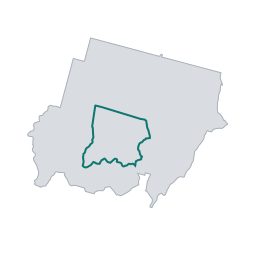 where North Kordufan sits in Sudan, rotated 15°
{"feature_id": "SDN-883", "entity_name": "North Kordufan", "entity_type": "State", "adm_level": 1, "iso_a3": "SDN", "parent_name": "Sudan", "parent_adm1": "", "projection": "mercator", "projection_center": [29.791, 14.01], "detail": "medium", "context": "in_parent", "style": "outline", "palette": "teal", "viewbox_px": 256, "rotation_deg": 15, "n_neighbors": 0, "source": "natural_earth", "source_scale": "10m", "svg_char_len": 5407}
<svg xmlns="http://www.w3.org/2000/svg" viewBox="0 0 256 256"><g transform="rotate(15 128 128)"><path d="M171.8,198.7L169.7,198.7L169.5,198.2L169.5,196.8L169.7,195.8L170.5,194.1L170.3,193.2L170.4,191.9L169.9,190.4L164.8,186.2L163.8,185.0L161.0,183.9L161.5,182.7L160.4,174.0L161.0,173.0L161.1,171.4L161.1,170.1L161.8,167.9L161.8,166.9L156.4,166.8L156.3,167.8L156.6,168.9L156.6,169.3L149.0,169.3L152.1,172.8L152.2,174.3L152.0,176.2L152.1,177.4L152.2,178.1L153.1,179.7L153.0,180.0L152.8,180.3L147.5,184.9L146.6,187.0L145.9,188.1L144.3,190.0L139.4,194.8L138.6,195.2L134.9,195.3L134.6,195.5L134.3,195.7L134.1,195.6L130.9,192.8L125.6,189.3L122.0,191.1L121.1,191.8L121.0,193.4L120.5,194.3L119.6,195.2L116.9,195.8L115.6,196.3L114.0,197.2L112.4,198.8L112.3,199.6L112.4,200.3L103.4,200.3L102.8,199.7L101.5,197.1L100.6,197.3L92.3,197.0L91.2,197.2L88.8,198.3L87.6,198.5L86.4,198.0L82.1,192.9L81.1,192.3L80.2,191.1L79.2,190.6L78.9,190.2L78.8,189.7L78.9,188.5L78.5,187.8L77.9,187.7L72.0,188.9L71.2,188.7L70.0,188.9L69.6,189.1L69.1,189.8L69.0,191.2L68.8,191.9L68.4,192.7L66.7,194.4L66.4,195.1L66.4,197.0L66.3,198.0L66.1,198.4L65.4,199.1L65.1,199.6L64.8,202.0L63.9,203.4L63.7,204.0L63.6,205.0L63.5,205.3L60.9,206.2L59.9,206.7L59.3,207.5L59.1,207.9L58.0,207.6L56.6,207.4L53.8,207.1L52.7,206.7L52.2,206.2L52.4,204.7L52.1,204.4L51.7,204.1L51.4,203.5L51.4,202.7L52.9,201.0L53.2,200.1L53.6,195.9L53.4,194.6L52.3,192.2L49.7,188.1L49.0,187.3L45.7,183.9L45.3,183.4L44.5,181.9L45.4,178.8L45.5,177.9L45.2,177.0L44.4,176.3L43.7,176.3L42.7,175.4L42.0,175.0L41.5,174.3L41.1,173.2L41.4,169.5L41.2,169.0L40.3,168.9L40.1,168.6L40.2,167.9L39.7,165.8L39.2,164.0L39.5,163.1L38.8,161.7L37.4,161.2L34.8,161.6L34.0,161.5L33.4,161.3L33.0,160.8L32.8,160.2L33.0,159.4L33.7,157.8L34.7,156.5L36.6,155.3L37.1,154.7L37.4,154.0L37.4,153.2L37.3,152.3L37.1,151.5L36.5,150.5L36.0,149.3L36.0,148.5L36.2,147.9L36.7,147.2L38.6,145.8L40.6,144.6L40.9,144.2L40.8,143.8L39.9,142.8L39.6,141.0L39.1,139.7L40.1,138.7L40.8,138.4L41.9,138.1L42.4,137.7L42.5,136.9L42.5,136.2L42.9,135.6L43.4,134.4L43.9,133.9L45.3,132.5L45.7,131.6L45.8,130.8L45.4,128.1L46.2,127.0L47.3,126.1L48.9,126.2L51.3,126.0L53.0,125.6L54.2,125.6L56.8,126.1L57.1,125.9L57.3,125.2L57.2,75.0L68.4,75.0L68.6,74.9L68.6,50.7L139.3,50.7L139.8,50.6L140.9,48.3L141.4,48.1L142.1,48.3L142.4,48.8L141.8,50.7L203.5,50.6L203.6,53.4L204.1,55.7L205.9,58.8L207.4,60.5L207.9,61.5L207.9,61.9L207.9,62.3L207.4,61.9L206.7,61.5L206.6,63.0L206.9,66.1L207.5,68.2L207.1,70.1L207.1,73.5L207.9,77.4L207.8,80.0L209.1,85.8L210.3,89.1L211.0,89.9L211.8,90.3L213.2,90.6L215.4,92.3L217.1,94.0L217.7,94.9L218.6,95.9L219.2,95.8L219.5,95.5L220.1,96.3L222.8,98.0L223.2,98.8L222.2,99.6L221.1,101.0L220.5,102.3L220.2,102.7L219.3,103.5L219.2,103.9L218.8,104.1L218.4,104.1L217.4,104.5L216.6,104.4L215.7,104.7L215.4,105.0L214.7,105.2L213.8,105.4L212.4,106.4L211.2,107.0L210.7,107.4L210.1,109.5L209.6,110.1L207.8,110.1L206.9,110.3L205.6,110.1L205.1,110.1L204.9,110.6L204.7,112.4L204.7,113.2L203.7,115.3L204.0,119.1L203.0,122.0L202.8,122.7L201.8,125.0L201.3,125.9L200.0,130.2L199.5,131.5L198.4,132.9L199.6,143.1L198.6,146.3L198.7,148.0L198.0,150.5L197.5,151.7L196.7,153.1L196.0,154.6L195.4,156.7L195.0,160.6L194.8,161.0L191.6,161.5L190.5,161.7L189.9,162.2L189.0,163.2L187.4,165.9L186.5,167.6L185.1,169.9L183.5,171.5L183.2,172.3L182.9,173.8L182.3,176.1L181.8,177.8L181.9,179.1L181.4,181.4L181.5,182.6L180.9,183.2L180.2,183.8L179.7,183.9L177.4,182.4L175.8,183.4L174.8,184.9L174.0,186.4L174.5,189.6L174.4,190.3L174.2,191.1L172.7,194.2L172.3,195.6L171.8,198.1L171.8,198.7Z" fill="#d9dde1" stroke="#a8b0b8" stroke-width="1"/><path d="M122.9,161.5L119.9,166.2L119.6,166.2L118.7,166.0L118.4,166.0L118.1,166.2L117.0,166.0L116.2,165.5L113.9,163.8L113.6,163.6L113.1,163.7L112.8,163.9L112.3,164.5L111.9,165.1L111.1,165.6L110.7,166.2L110.5,167.2L110.0,168.3L109.9,168.9L110.0,169.3L110.0,169.7L109.6,169.9L108.9,170.2L107.6,170.4L106.5,170.5L106.0,170.2L105.5,170.0L104.7,170.0L104.1,169.8L103.6,169.8L103.2,170.0L102.5,171.8L101.6,173.5L100.5,174.6L98.8,176.3L98.2,176.7L96.9,177.1L95.7,177.1L94.7,176.6L94.0,176.1L94.0,173.3L93.7,171.4L92.9,170.0L92.8,169.4L92.1,168.1L92.1,166.7L91.7,164.8L91.7,164.5L92.4,163.5L92.7,162.5L92.7,160.8L92.8,159.0L93.1,158.3L94.9,156.2L95.6,154.9L95.8,153.6L97.2,151.8L97.4,151.2L97.4,150.7L97.3,150.3L96.5,148.9L97.0,146.1L95.3,141.3L94.1,137.4L93.6,136.4L93.1,136.1L93.0,135.9L90.6,115.0L90.8,114.7L97.1,114.6L137.6,116.0L141.5,115.6L142.1,115.7L143.7,116.3L146.5,122.7L148.3,125.0L150.7,129.2L151.1,129.9L151.7,132.0L147.9,133.6L147.9,134.4L146.5,135.4L145.2,138.1L144.9,138.4L143.9,138.9L143.7,139.1L143.2,139.8L143.0,140.6L142.8,142.1L142.8,143.7L142.9,144.7L143.4,146.2L143.5,146.4L145.0,147.4L145.8,149.1L146.6,150.4L146.8,150.7L147.6,151.5L148.5,151.8L148.9,152.0L148.9,152.3L148.5,153.5L148.8,154.4L148.7,154.7L148.4,155.2L147.4,155.6L145.6,156.8L144.5,157.8L144.2,158.2L144.7,162.5L142.5,161.3L142.2,161.3L141.6,161.3L140.3,162.1L139.9,162.3L139.4,162.3L138.8,162.2L138.5,162.2L138.2,162.3L137.9,162.6L137.6,162.9L137.0,164.0L136.7,164.3L136.0,164.8L135.1,165.1L134.4,165.9L134.1,166.1L133.8,166.2L133.2,166.3L132.9,166.2L132.6,166.0L132.1,165.7L131.8,165.4L130.8,164.0L130.5,163.8L130.2,163.6L129.4,163.5L126.5,163.6L126.1,163.6L125.9,163.4L125.7,163.1L125.8,161.9L125.7,161.6L125.4,161.2L125.1,161.0L124.6,160.9L123.7,161.0L123.3,161.1L122.9,161.5Z" fill="none" stroke="#0f766e" stroke-width="2"/></g></svg>